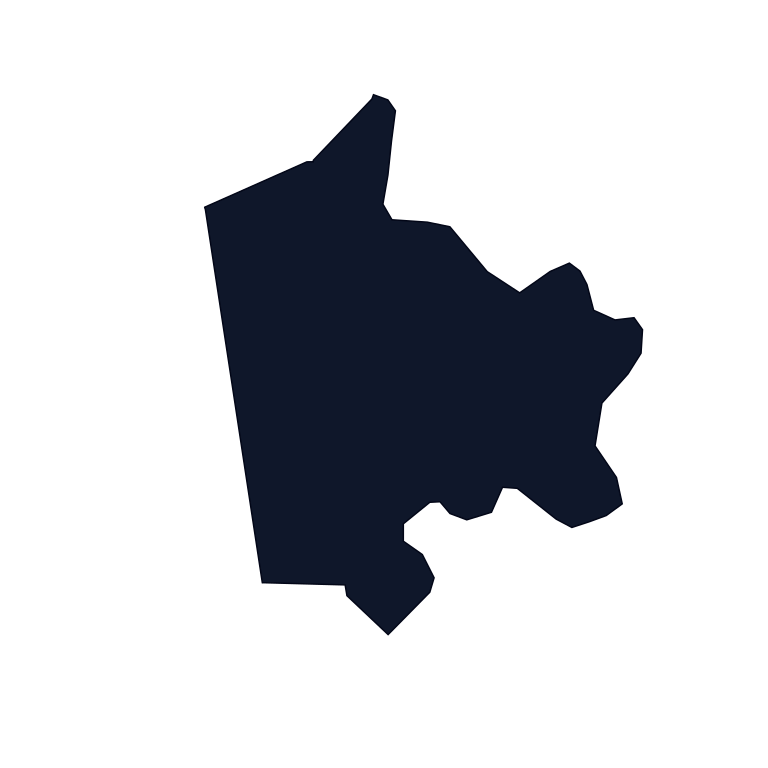 Karlsborg, Västra Götaland, Sweden, rotated 136°
{"feature_id": "70781695B19460929055016", "entity_name": "Karlsborg", "entity_type": "district", "adm_level": 2, "iso_a3": "SWE", "parent_name": "Sweden", "parent_adm1": "Västra Götaland", "projection": "natural_earth1", "projection_center": [14.477, 58.607], "detail": "fine", "context": "isolated", "style": "filled", "palette": "ink", "viewbox_px": 768, "rotation_deg": 136, "n_neighbors": 0, "source": "geoboundaries", "source_scale": "gbopen_adm2", "svg_char_len": 855}
<svg xmlns="http://www.w3.org/2000/svg" viewBox="0 0 768 768"><g transform="rotate(136 384 384)"><path d="M390.4,635.5L391.2,633.7L498.6,482.1L609.9,325.1L609.3,325.4L551.5,266.5L557.7,257.5L555.1,200.9L535.1,201.4L495.7,202.4L482.6,209.8L474.9,234.7L479.3,257.5L467.2,270.0L433.2,267.1L425.5,260.4L426.5,245.0L418.8,228.8L395.8,217.1L370.5,227.4L360.6,216.4L354.0,167.2L348.5,150.3L332.0,142.3L315.5,135.0L295.9,132.3L281.7,155.3L275.2,192.9L240.5,218.9L201.5,221.8L177.7,227.6L160.3,243.5L158.1,258.0L173.3,269.6L182.0,291.4L168.9,314.6L164.6,329.1L166.7,342.2L186.2,349.5L223.1,355.3L231.7,393.1L229.6,421.7L227.4,451.3L240.4,470.3L264.2,496.6L259.9,514.1L236.0,531.6L209.9,553.5L186.0,572.6L183.9,585.7L190.6,599.4L194.7,597.4L279.4,594.0L280.5,593.0L285.2,597.4L390.1,635.7L390.4,635.5Z" fill="#0f172a" stroke="#020617" stroke-width="1.5"/></g></svg>